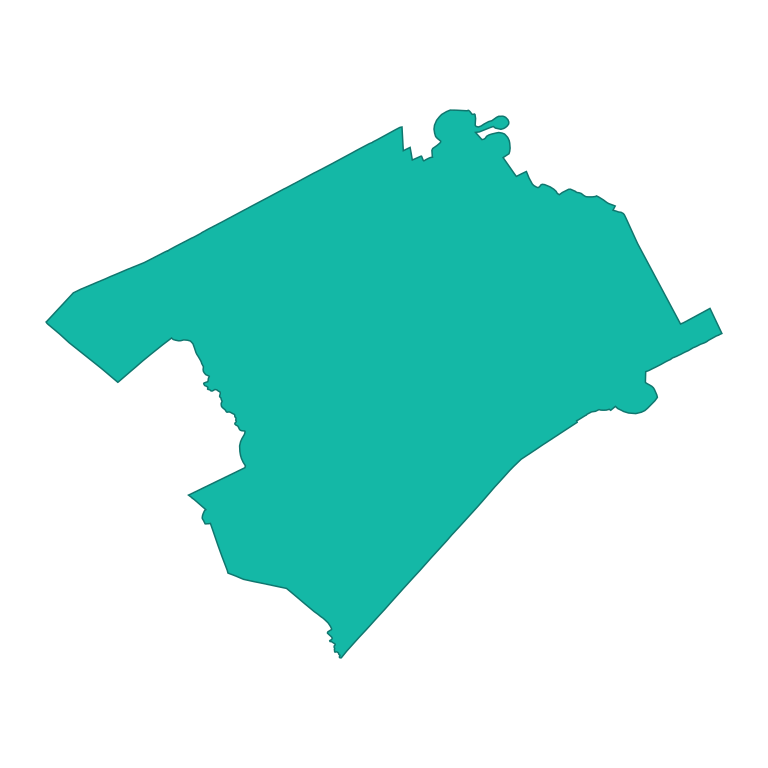 the district of Bilciuresti, Dâmbovita, Romania
{"feature_id": "2599482B66874014167164", "entity_name": "Bilciuresti", "entity_type": "district", "adm_level": 2, "iso_a3": "ROU", "parent_name": "Romania", "parent_adm1": "Dâmbovita", "projection": "equal_earth", "projection_center": [25.791, 44.734], "detail": "fine", "context": "isolated", "style": "filled", "palette": "teal", "viewbox_px": 768, "rotation_deg": 0, "n_neighbors": 0, "source": "geoboundaries", "source_scale": "gbopen_adm2", "svg_char_len": 6123}
<svg xmlns="http://www.w3.org/2000/svg" viewBox="0 0 768 768"><path d="M341.3,657.8L347.0,650.8L353.3,643.8L359.3,637.1L365.8,630.2L374.2,620.9L379.2,615.4L385.1,609.0L390.1,603.3L403.2,588.7L413.6,577.3L419.8,570.6L430.7,558.3L446.8,540.7L451.5,535.2L459.5,526.6L477.7,506.6L486.0,497.1L494.7,487.0L500.5,480.7L509.7,470.5L513.5,466.6L521.2,459.2L532.1,452.0L543.1,444.6L552.6,438.4L577.2,422.3L576.6,420.7L578.0,420.1L585.2,415.6L586.3,415.1L587.1,414.2L590.8,412.3L591.4,411.9L595.5,411.3L599.0,409.6L600.9,410.1L603.5,410.2L606.2,410.1L609.3,409.3L610.7,410.3L615.4,406.4L617.8,408.6L621.8,410.5L623.6,411.5L628.5,413.0L635.8,413.6L641.4,412.2L644.8,410.6L647.5,408.3L654.9,400.8L657.1,397.8L657.4,397.3L656.8,394.9L654.4,389.4L653.4,387.8L651.8,386.3L649.6,385.0L646.9,383.5L645.6,382.6L645.4,382.2L645.7,371.7L648.9,370.5L653.4,368.2L654.3,367.8L656.9,366.5L661.0,364.4L665.6,361.8L668.6,360.3L670.0,359.7L670.6,359.4L672.4,358.0L673.2,357.6L673.8,357.5L675.6,356.7L676.7,356.3L678.4,355.4L680.8,354.3L682.8,353.2L685.4,351.9L688.2,350.7L693.2,347.7L694.5,347.2L695.5,346.8L697.4,345.9L700.4,344.3L702.3,343.6L704.5,342.8L706.3,341.9L707.4,341.2L708.2,340.5L716.5,335.9L718.5,335.2L720.3,334.2L721.9,333.5L710.0,308.4L683.6,322.7L680.5,324.0L637.6,243.6L626.0,218.2L624.4,214.9L623.4,213.6L621.1,212.3L618.6,212.0L616.1,211.1L614.6,210.7L613.0,210.2L615.2,206.0L613.7,205.4L608.8,203.6L607.0,202.6L603.4,199.9L598.7,197.0L596.5,195.9L595.4,196.5L592.1,196.9L589.2,196.9L587.0,196.8L585.8,196.6L585.0,196.2L583.7,195.4L581.3,193.5L580.2,193.1L578.9,192.7L578.0,192.6L577.1,192.5L576.1,192.0L575.5,191.4L570.5,189.2L568.6,189.3L562.3,192.5L559.3,194.7L557.3,193.4L556.1,191.3L553.8,189.2L550.2,186.9L544.6,184.6L542.2,184.3L540.8,185.0L539.7,186.6L538.4,187.5L537.4,187.5L536.3,187.0L533.9,185.6L532.3,184.0L529.0,177.9L526.4,171.5L525.7,171.8L521.5,173.8L516.4,176.4L515.8,175.7L514.5,173.9L503.1,157.6L509.0,153.7L509.7,151.4L510.1,148.1L509.7,143.0L509.2,140.6L507.9,137.8L507.5,137.2L505.5,135.0L504.5,134.0L502.2,133.1L498.7,132.5L496.1,133.0L491.8,134.0L489.0,134.9L486.6,136.3L485.3,138.2L483.9,139.2L481.9,139.6L475.5,132.4L479.4,131.9L490.3,127.5L493.3,126.5L495.4,128.1L498.2,128.7L500.9,129.3L503.7,128.5L505.6,127.4L507.4,125.8L508.7,123.9L508.8,122.0L507.9,119.7L505.6,117.3L503.9,116.5L502.8,116.2L501.5,116.2L500.8,116.3L499.5,116.3L498.7,116.3L496.6,117.3L493.8,119.3L491.8,120.7L488.6,121.6L484.1,124.0L481.1,126.0L478.3,127.0L476.1,126.4L475.2,125.3L475.3,122.7L475.6,118.5L475.0,114.5L474.4,114.0L473.1,114.4L472.0,114.2L470.0,111.6L468.8,110.5L468.2,110.3L467.1,110.8L463.8,110.6L456.3,110.2L450.2,110.1L446.5,111.6L441.6,114.5L439.4,116.8L436.6,120.3L434.5,125.2L434.0,129.1L434.7,133.6L434.9,134.0L435.4,135.8L435.7,136.6L437.3,138.4L440.7,141.1L440.7,141.8L440.5,142.3L439.7,143.2L437.0,145.5L432.7,148.5L432.2,149.6L431.9,150.4L432.3,156.3L432.5,157.2L431.5,157.3L430.2,157.6L429.0,158.1L426.0,159.6L424.2,160.7L423.7,160.8L423.2,160.3L421.6,156.3L421.3,156.1L420.9,156.2L412.3,160.0L411.3,154.0L410.1,147.4L403.3,150.7L402.9,143.6L402.0,127.0L400.3,127.3L399.7,127.5L395.3,129.8L376.7,140.0L372.9,141.9L372.5,142.4L369.4,143.6L360.3,148.4L355.6,150.9L352.4,152.7L330.3,164.6L316.3,171.9L314.2,172.9L305.1,177.8L286.9,187.5L286.3,187.8L285.2,188.4L284.4,188.7L267.0,198.0L254.1,204.8L220.4,222.8L208.4,229.0L202.0,232.5L200.6,233.5L193.5,237.3L191.4,238.2L176.0,246.2L169.3,249.8L168.4,250.5L167.7,251.1L167.4,250.8L164.6,252.1L144.2,262.6L126.9,269.6L115.2,274.6L110.1,276.7L105.5,278.8L98.5,281.7L80.8,289.2L73.4,292.8L46.4,321.8L46.1,322.0L46.9,323.2L48.1,324.4L59.6,334.0L69.1,342.7L100.1,367.4L103.4,370.1L117.8,382.3L118.3,382.0L120.5,380.1L130.7,371.3L136.0,366.8L142.5,361.1L150.8,354.3L162.8,344.7L171.2,338.3L171.5,338.0L173.2,339.5L175.6,340.2L178.6,340.8L180.8,340.7L183.7,339.9L187.4,340.2L190.4,341.0L192.9,343.7L193.9,346.4L194.7,348.7L195.9,352.4L196.8,354.3L198.3,356.6L200.4,360.2L201.2,361.8L201.7,363.5L203.4,366.7L203.1,369.6L203.4,371.4L204.3,372.9L205.7,374.6L208.4,375.8L209.3,376.3L209.2,376.7L209.0,377.1L208.5,378.0L208.2,379.1L208.2,380.3L207.7,381.8L206.4,382.1L204.0,383.0L203.7,383.7L204.2,384.8L204.8,385.6L206.3,386.2L207.8,387.2L207.9,387.7L207.7,388.3L207.6,389.1L208.2,389.5L208.9,389.5L209.9,389.9L210.8,390.8L211.5,391.0L212.2,391.0L212.7,390.8L214.9,389.5L216.7,389.8L218.1,390.9L220.1,392.1L220.3,393.7L219.8,395.2L219.6,396.3L219.9,397.0L220.9,397.9L221.3,399.7L222.1,401.3L221.2,403.3L221.2,404.9L221.6,406.6L222.9,408.0L225.2,409.9L226.2,411.6L227.0,412.2L229.1,411.9L230.4,412.3L232.5,413.5L234.2,414.3L234.7,414.9L234.9,416.8L235.9,417.9L236.0,418.8L235.9,419.4L235.7,420.2L236.2,420.9L236.3,421.6L236.1,421.9L235.1,422.9L234.8,423.9L235.8,425.0L237.2,425.7L238.0,426.3L239.5,429.4L240.3,430.2L241.6,430.7L244.7,431.0L245.1,431.7L244.7,433.4L244.4,434.4L242.0,438.5L240.6,441.6L239.6,445.9L239.9,451.6L240.5,455.3L241.4,458.4L243.2,462.3L245.4,465.8L244.9,467.7L188.5,495.1L191.8,497.6L191.8,497.8L194.0,499.4L204.5,508.5L205.6,509.4L205.8,509.7L204.8,510.3L204.2,511.3L203.1,513.8L202.5,515.7L202.3,517.0L202.2,517.9L202.3,518.5L202.6,519.1L203.5,520.5L205.1,523.8L205.8,523.9L208.2,523.7L209.0,523.7L210.4,523.4L212.5,529.4L217.8,544.9L221.8,556.0L227.2,570.2L228.0,573.1L232.3,574.7L235.9,576.1L243.4,579.3L254.3,581.7L259.4,582.7L280.7,587.2L286.5,588.4L293.0,593.8L305.4,604.3L310.0,608.1L314.3,611.7L317.7,614.1L320.5,616.4L323.1,618.2L325.1,620.0L328.1,622.9L330.0,625.7L330.9,627.3L331.5,628.6L331.6,629.3L331.4,629.7L330.9,629.9L327.9,631.8L327.5,632.6L327.5,633.2L331.4,636.8L332.0,637.6L332.2,638.4L331.8,639.2L331.2,639.8L330.2,640.3L329.7,640.8L329.9,641.3L330.2,641.6L331.0,641.5L331.4,641.6L334.8,643.8L335.2,644.3L335.1,644.7L334.8,645.4L334.2,645.9L334.1,646.8L334.2,647.5L334.6,648.1L334.7,648.4L334.4,649.5L334.4,649.9L334.6,650.8L334.6,651.5L334.8,652.0L335.3,652.1L336.0,651.9L336.3,651.8L337.0,652.0L338.2,652.7L338.4,652.9L338.8,654.2L339.3,654.8L339.8,655.0L339.9,655.3L340.0,655.8L339.5,656.4L339.4,656.9L339.4,657.2L339.6,657.6L340.3,657.8L340.8,657.9L341.3,657.8Z" fill="#14b8a6" stroke="#0f766e" stroke-width="1.5"/></svg>